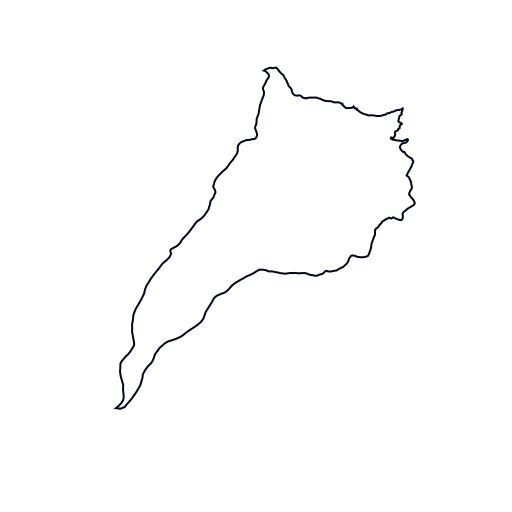 Nariño, Nariño, Colombia, rotated 35°
{"feature_id": "7082276B37445492905123", "entity_name": "Nariño", "entity_type": "district", "adm_level": 2, "iso_a3": "COL", "parent_name": "Colombia", "parent_adm1": "Nariño", "projection": "mercator", "projection_center": [-77.354, 1.269], "detail": "fine", "context": "isolated", "style": "outline", "palette": "ink", "viewbox_px": 512, "rotation_deg": 35, "n_neighbors": 0, "source": "geoboundaries", "source_scale": "gbopen_adm2", "svg_char_len": 5947}
<svg xmlns="http://www.w3.org/2000/svg" viewBox="0 0 512 512"><g transform="rotate(35 256 256)"><path d="M228.5,461.0L232.4,458.9L235.0,455.3L235.2,452.1L236.0,444.6L236.0,435.8L235.4,428.5L232.8,420.7L231.2,418.0L230.9,415.8L230.6,412.4L230.7,409.5L230.7,408.0L231.2,405.9L231.5,404.1L231.5,401.3L231.3,400.7L230.9,398.7L229.6,394.2L229.8,389.1L229.7,386.9L231.3,380.3L232.5,377.3L233.4,375.8L236.1,372.4L238.2,369.4L240.8,364.9L241.7,362.4L242.4,359.8L244.2,354.7L245.5,351.6L247.6,345.9L248.7,341.7L248.9,337.6L246.9,330.9L246.3,318.9L245.8,315.2L246.0,313.3L246.8,310.8L249.2,306.9L251.0,304.5L252.1,301.7L252.6,299.6L253.3,293.8L254.7,289.4L256.0,286.7L257.1,284.1L258.2,282.1L259.8,278.4L261.7,275.4L263.3,272.6L265.5,267.5L266.6,265.3L269.1,263.5L272.1,262.0L275.4,261.3L276.7,260.2L279.2,258.8L282.3,257.6L283.5,256.9L286.2,255.9L287.3,255.2L288.7,254.6L290.9,253.1L292.3,251.6L294.7,249.6L296.0,248.9L296.7,248.2L298.1,247.2L299.4,246.6L302.3,244.7L302.9,244.0L305.9,241.9L308.3,241.0L310.3,240.7L311.4,240.3L313.5,239.2L314.6,238.8L316.5,237.8L317.2,237.3L318.9,234.4L319.8,233.7L320.4,232.9L321.0,231.6L321.6,228.3L322.2,227.8L322.9,227.5L323.9,227.3L326.5,225.5L329.0,222.8L330.1,221.9L331.3,219.3L331.8,218.0L332.7,216.8L333.1,215.8L333.6,215.1L333.9,214.0L334.5,211.0L334.8,209.9L334.5,207.1L333.8,205.0L333.7,204.3L333.8,201.5L334.5,200.5L335.3,199.8L337.4,199.0L339.7,198.5L342.8,196.8L344.6,195.4L346.2,193.9L346.4,193.4L346.8,193.0L347.3,192.3L347.6,191.7L347.6,190.6L347.0,188.2L346.6,186.9L346.6,186.5L346.3,185.6L345.5,183.3L343.6,179.7L342.2,174.4L341.7,173.3L341.7,172.6L341.4,170.6L341.2,170.4L340.9,169.7L339.2,167.4L338.5,166.0L338.6,165.1L339.4,162.5L339.5,161.1L339.3,159.8L339.8,157.5L339.6,155.8L339.9,154.7L340.7,153.3L341.1,151.8L341.6,151.2L343.1,148.2L344.6,148.0L345.4,147.6L346.2,145.6L347.6,145.4L351.2,144.7L353.1,144.0L354.2,143.5L354.6,142.7L354.6,141.2L353.8,139.6L352.3,138.0L351.6,136.6L351.9,134.7L352.6,131.9L353.4,129.5L355.7,124.5L355.9,123.1L355.9,121.8L353.8,120.2L351.4,119.4L348.9,118.9L347.5,118.2L346.2,117.9L345.4,116.4L344.9,113.8L344.9,112.2L344.6,110.6L340.2,106.3L338.7,105.4L336.0,103.8L333.2,103.7L332.6,99.9L332.4,96.7L332.1,95.7L332.2,95.1L332.0,93.8L331.1,90.1L331.0,89.2L330.4,88.0L329.0,87.7L328.1,86.8L327.3,86.9L323.2,87.2L320.1,86.7L318.1,85.7L317.8,85.7L316.6,86.4L315.7,86.3L312.9,85.5L311.5,84.3L311.0,83.3L311.0,80.7L311.1,80.2L313.8,77.0L314.1,75.8L314.2,74.5L314.1,74.0L313.8,73.7L313.1,73.4L312.7,73.6L312.2,74.8L310.5,77.1L310.1,78.0L309.9,78.2L308.5,78.6L304.3,80.9L302.2,81.7L300.9,82.4L299.7,82.5L299.2,82.4L298.7,82.0L298.6,81.7L298.7,81.3L300.3,80.8L300.8,80.2L301.0,79.5L300.6,77.3L300.4,76.9L298.8,74.7L298.7,74.1L298.9,73.7L299.5,72.7L299.9,72.3L300.1,71.8L299.7,70.7L299.8,70.0L300.3,69.0L300.3,68.7L299.3,67.2L299.0,66.5L299.1,66.0L299.6,64.8L299.7,64.1L299.5,63.9L298.9,63.8L296.3,64.3L295.4,64.0L295.0,63.5L293.4,59.3L293.4,58.6L294.1,56.4L293.9,56.1L293.1,55.4L291.9,51.3L291.5,51.0L290.9,52.4L290.8,52.9L289.9,53.6L289.3,54.6L288.4,55.2L287.2,56.3L286.6,57.6L285.5,59.2L284.3,60.5L283.4,62.2L283.0,62.7L281.7,63.8L281.2,65.5L281.0,65.9L280.0,66.8L278.5,68.9L276.9,70.4L275.4,71.5L274.4,72.2L273.1,72.7L271.1,73.7L270.8,74.0L269.9,74.4L268.3,75.8L267.8,76.1L266.5,76.6L261.9,78.0L258.9,78.4L256.6,78.3L255.9,78.2L254.4,78.4L254.2,78.3L254.2,78.2L254.4,77.7L254.1,77.4L252.8,77.9L252.5,78.3L252.3,78.3L250.4,77.7L250.5,78.0L250.4,78.2L250.1,78.7L249.6,79.1L249.6,79.6L247.9,80.9L246.8,81.9L245.9,82.5L245.6,82.8L245.3,83.0L243.6,83.2L242.8,83.1L241.6,82.7L241.4,82.8L240.9,82.6L240.0,82.7L239.8,82.6L239.8,82.2L239.6,81.8L239.4,81.7L238.8,81.8L237.7,82.4L236.4,82.5L235.7,82.7L235.0,83.1L232.3,85.1L230.8,85.7L229.4,86.0L228.4,86.4L227.2,87.1L225.7,88.2L223.7,89.3L223.2,89.5L222.0,89.5L221.1,90.0L220.8,90.1L218.9,90.3L218.3,90.3L217.0,91.0L215.9,91.2L214.6,91.6L208.7,95.8L207.0,97.4L206.8,98.1L204.0,99.3L203.0,99.4L201.7,99.1L200.5,99.2L199.3,99.5L197.7,101.1L195.8,102.0L193.9,102.1L191.4,101.0L189.6,99.2L189.0,98.9L187.1,98.3L185.4,98.1L183.6,96.8L183.3,96.7L181.1,95.3L179.1,94.3L176.9,93.5L175.1,92.3L174.1,92.0L172.8,92.1L169.5,91.5L168.3,91.1L167.2,90.6L165.7,90.4L164.9,90.0L164.3,90.3L163.5,90.9L162.9,91.8L161.7,92.8L161.2,93.1L160.4,93.2L159.9,93.4L158.8,94.6L158.4,95.3L156.9,97.3L156.1,99.6L157.0,99.3L158.0,99.2L159.0,99.3L161.3,99.7L162.3,100.1L163.0,100.7L163.6,101.5L163.9,102.3L163.9,103.2L164.0,106.9L164.5,108.4L164.8,111.0L164.9,112.9L165.3,114.4L165.6,114.9L167.9,116.6L169.0,117.9L169.8,119.1L170.1,119.9L171.6,125.9L172.7,130.0L176.5,138.0L177.7,142.6L178.2,143.8L179.9,146.5L180.6,147.9L181.2,150.6L181.8,151.6L182.4,152.2L186.4,155.0L187.4,156.2L187.9,156.8L188.2,159.1L188.2,159.9L188.0,160.5L187.3,161.4L185.8,162.5L184.8,163.8L184.2,164.5L181.7,166.5L178.5,171.3L178.1,172.7L178.0,174.0L178.0,175.6L178.4,177.0L180.9,180.6L181.5,182.2L181.8,184.8L181.8,188.2L181.7,188.9L181.9,190.1L181.6,192.9L181.4,194.5L181.4,196.5L181.5,198.1L181.4,201.1L180.1,206.3L179.3,210.9L179.0,213.0L179.0,216.0L179.4,218.8L179.8,220.0L180.6,221.9L181.0,223.5L181.7,224.2L184.4,225.4L185.3,226.1L186.4,227.3L186.5,228.4L187.5,232.6L187.2,236.7L187.5,237.9L188.3,239.2L189.0,241.0L189.4,242.5L190.4,245.3L190.4,248.5L190.5,252.3L190.2,253.5L190.0,255.6L188.6,259.8L187.9,261.2L187.7,263.0L187.5,271.3L187.3,275.6L186.9,279.0L186.2,283.5L186.1,285.3L186.3,288.3L186.2,289.9L185.9,291.7L185.3,293.6L183.3,297.5L182.5,299.4L182.5,300.2L183.0,301.2L185.0,302.6L185.5,304.4L185.8,306.6L185.2,310.5L184.4,313.2L183.7,316.6L183.6,321.6L183.0,329.5L182.9,335.5L183.3,340.9L183.3,343.0L184.3,347.2L185.9,350.9L187.0,358.4L187.9,368.8L189.3,374.5L191.7,378.7L193.8,383.2L198.2,389.4L206.0,397.1L207.4,399.1L207.8,405.3L207.7,409.4L207.1,412.0L206.3,418.9L206.6,421.7L211.1,428.9L214.1,432.1L221.4,438.0L223.1,440.9L225.2,443.5L227.2,445.7L229.0,448.1L229.9,450.6L230.0,453.9L229.5,457.2L228.5,461.0Z" fill="none" stroke="#020617" stroke-width="2"/></g></svg>